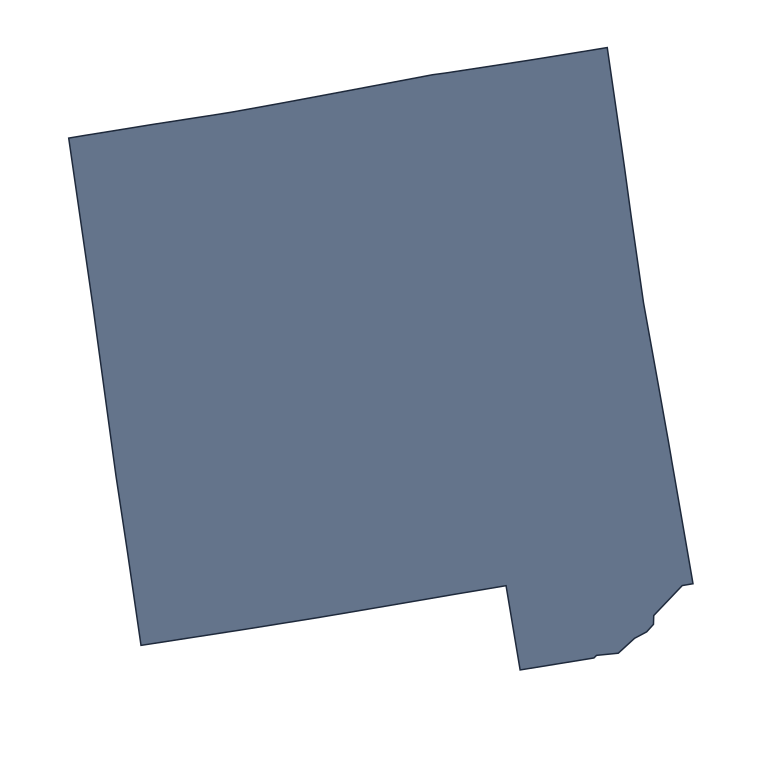 the district of DuPage, Illinois, United States of America, rotated 352°
{"feature_id": "52423323B58044967957870", "entity_name": "DuPage", "entity_type": "district", "adm_level": 2, "iso_a3": "USA", "parent_name": "United States of America", "parent_adm1": "Illinois", "projection": "robinson", "projection_center": [-88.069, 41.84], "detail": "fine", "context": "isolated", "style": "filled", "palette": "slate", "viewbox_px": 768, "rotation_deg": 352, "n_neighbors": 0, "source": "geoboundaries", "source_scale": "gbopen_adm2", "svg_char_len": 793}
<svg xmlns="http://www.w3.org/2000/svg" viewBox="0 0 768 768"><g transform="rotate(352 384 384)"><path d="M108.1,609.0L195.9,607.8L196.3,607.8L205.7,607.7L288.6,606.1L338.0,604.7L424.1,602.1L476.8,600.7L478.0,647.4L479.0,686.1L517.4,685.3L553.8,684.5L556.7,682.3L578.5,683.2L596.7,670.7L609.6,666.0L617.4,659.5L618.9,650.8L651.3,625.1L662.2,624.8L662.0,617.7L658.8,517.2L658.2,499.1L658.2,497.5L657.6,478.6L657.2,468.5L655.6,424.8L652.3,339.8L652.1,252.3L652.3,204.4L652.3,184.2L651.9,81.9L620.9,82.6L571.9,83.6L487.7,84.6L475.2,84.5L413.6,87.4L319.1,91.7L270.2,93.6L247.5,94.0L231.4,94.2L194.4,94.7L189.0,94.8L121.3,96.2L106.0,96.6L106.6,267.2L106.4,299.5L105.8,437.4L105.8,437.8L106.6,516.1L106.6,517.7L107.0,609.0L108.1,609.0Z" fill="#64748b" stroke="#1e293b" stroke-width="1.5"/></g></svg>